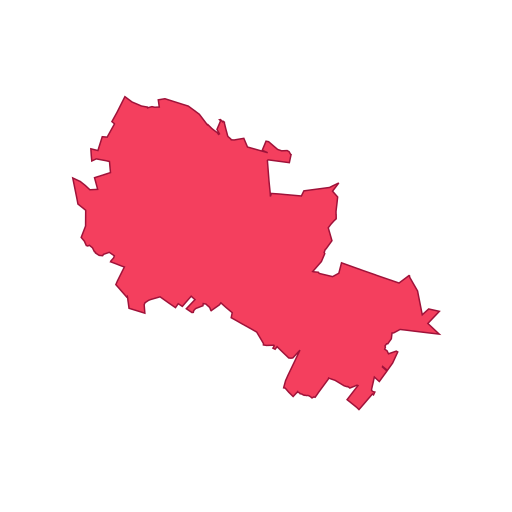 the district of La Colorada, Sonora, Mexico, rotated 29°
{"feature_id": "50627088B56530364421655", "entity_name": "La Colorada", "entity_type": "district", "adm_level": 2, "iso_a3": "MEX", "parent_name": "Mexico", "parent_adm1": "Sonora", "projection": "orthographic", "projection_center": [-110.323, 28.724], "detail": "fine", "context": "isolated", "style": "filled", "palette": "rose", "viewbox_px": 512, "rotation_deg": 29, "n_neighbors": 0, "source": "geoboundaries", "source_scale": "gbopen_adm2", "svg_char_len": 4203}
<svg xmlns="http://www.w3.org/2000/svg" viewBox="0 0 512 512"><g transform="rotate(29 256 256)"><path d="M237.5,150.3L237.1,150.4L234.3,148.7L232.1,148.7L227.4,151.6L223.2,152.3L221.8,152.0L217.8,151.2L211.6,149.9L209.1,150.7L210.2,160.5L216.2,160.0L213.6,160.6L195.7,164.8L188.3,159.0L182.0,164.0L180.7,165.1L178.0,166.4L177.3,165.9L173.5,165.1L172.6,164.3L171.0,162.6L168.0,159.5L164.4,155.6L164.1,155.4L163.5,154.3L161.9,154.1L161.8,154.8L158.8,153.9L158.1,154.5L159.5,154.9L160.5,164.2L164.3,166.6L164.8,166.9L164.3,167.8L162.3,166.9L157.7,166.3L155.5,165.9L150.1,164.4L149.9,164.9L138.6,159.9L137.3,159.4L136.9,159.4L124.1,157.7L118.4,158.9L100.1,162.6L94.8,166.8L99.2,172.6L95.3,175.0L92.6,175.8L89.3,179.0L88.8,178.4L83.0,180.4L82.7,180.4L79.5,180.7L73.0,181.4L64.1,180.2L64.8,197.8L64.8,201.7L64.8,202.2L64.8,208.3L67.8,208.9L68.2,209.1L68.2,213.6L68.2,222.0L68.2,224.2L63.7,226.2L66.6,240.4L59.6,242.3L63.1,247.8L66.3,252.5L69.2,248.5L78.5,245.4L82.0,244.4L82.6,245.2L88.3,253.6L76.8,265.8L84.0,273.2L85.0,274.3L85.2,274.5L78.6,278.6L72.6,277.1L66.1,276.0L65.1,276.1L57.9,276.6L71.6,292.7L75.1,296.9L84.6,298.5L84.9,298.6L92.3,312.2L92.4,312.3L94.1,324.5L98.8,326.3L100.2,327.4L102.5,329.1L104.0,328.8L105.1,327.4L109.0,328.1L112.6,330.6L113.9,330.6L114.2,331.2L118.5,331.5L121.7,330.1L121.8,328.5L125.9,323.9L132.0,324.5L132.4,326.6L131.5,330.7L131.6,331.6L132.1,331.4L132.7,331.4L138.1,330.6L140.5,330.3L144.1,329.8L146.2,329.4L146.9,345.1L147.3,349.0L162.3,354.4L162.8,354.6L163.0,353.7L163.3,354.0L164.3,355.2L166.0,357.6L166.2,357.8L170.3,363.3L186.5,359.9L181.8,352.8L181.6,350.7L182.8,348.3L183.5,346.9L184.9,345.2L191.9,338.2L202.5,339.4L210.6,340.2L211.1,335.4L216.0,335.8L216.9,331.4L218.8,322.6L223.8,323.7L220.6,335.9L227.4,336.5L228.5,335.7L228.0,333.9L228.7,331.2L233.7,325.2L232.9,323.2L233.5,323.0L234.7,322.6L235.5,322.3L236.1,322.4L237.6,322.9L239.5,323.1L239.9,323.4L240.5,323.7L241.2,323.9L241.8,324.5L242.1,324.9L242.5,325.2L242.8,325.4L243.3,325.6L243.7,324.7L247.7,316.4L248.0,314.0L254.5,315.5L260.2,316.6L262.7,317.1L264.2,322.0L267.3,322.0L267.6,322.0L270.1,322.0L276.6,322.1L287.8,322.1L293.5,322.2L303.6,328.1L304.9,328.9L305.6,330.2L306.4,329.9L308.6,329.1L314.8,325.4L315.5,325.8L315.5,328.4L317.7,328.3L317.9,328.3L318.4,325.1L327.2,327.5L334.1,329.3L336.1,328.4L337.6,327.3L340.1,317.0L341.0,331.4L341.8,345.1L342.2,349.4L342.2,350.3L343.9,357.2L344.1,357.9L345.6,357.4L350.8,359.3L356.6,360.9L358.2,354.5L358.7,355.0L358.9,354.9L359.6,354.6L360.7,354.7L361.2,355.1L361.9,354.9L363.1,354.5L363.8,354.6L365.7,354.5L366.0,354.1L367.8,353.6L369.0,352.8L370.0,352.6L370.6,352.6L370.8,352.6L371.6,352.6L373.8,353.0L374.9,351.2L376.2,350.9L376.6,347.3L376.8,345.0L377.0,343.4L378.9,328.9L378.7,327.5L379.3,327.5L385.4,326.4L391.1,326.6L396.0,326.8L399.3,326.1L399.5,325.9L399.6,325.6L402.1,326.0L405.8,321.5L406.0,321.1L406.8,320.2L407.0,320.0L408.0,319.9L405.3,337.5L417.6,339.6L420.5,340.4L421.2,337.3L424.7,320.3L426.1,320.5L425.9,317.4L424.1,317.9L422.3,317.6L421.6,316.2L421.4,315.5L419.5,308.9L418.6,306.0L418.2,304.5L424.7,306.0L426.3,293.1L420.4,291.8L420.3,291.2L426.3,292.3L426.4,292.0L427.4,283.4L426.5,271.2L424.8,271.2L419.3,277.3L416.6,275.4L413.7,275.1L413.4,273.0L412.4,272.1L412.8,269.4L413.8,268.9L414.5,262.8L412.3,257.4L413.7,256.5L417.6,250.4L422.9,248.2L429.4,245.6L443.4,239.9L454.1,235.5L451.3,234.8L439.0,231.7L443.2,215.5L432.7,218.6L429.9,226.8L425.0,221.0L415.2,209.4L414.3,208.3L400.9,200.2L400.5,199.9L400.3,199.5L400.1,199.1L399.9,198.9L399.6,198.9L399.3,198.9L394.2,210.3L377.9,213.2L370.5,214.5L369.5,214.6L356.2,216.9L334.1,220.5L336.8,230.9L333.0,236.9L323.0,239.7L319.7,240.6L318.4,240.0L314.0,241.9L313.1,242.1L314.5,235.6L315.9,229.2L315.0,220.6L313.9,219.9L313.4,216.8L313.8,215.8L315.0,205.8L305.5,196.3L306.1,192.0L307.2,187.3L308.1,184.6L306.0,180.9L305.9,180.9L304.3,178.1L301.2,170.5L298.8,164.8L291.5,162.2L292.0,159.0L293.0,152.0L289.0,157.6L287.1,160.4L266.3,175.8L266.6,181.5L254.9,186.7L254.6,186.8L254.3,187.0L254.2,187.0L252.0,188.0L246.7,190.3L239.2,193.8L239.7,197.0L238.4,194.8L231.2,184.4L219.7,167.0L219.8,166.7L220.0,166.0L239.9,158.2L237.5,150.3Z" fill="#f43f5e" stroke="#9f1239" stroke-width="1.5"/></g></svg>